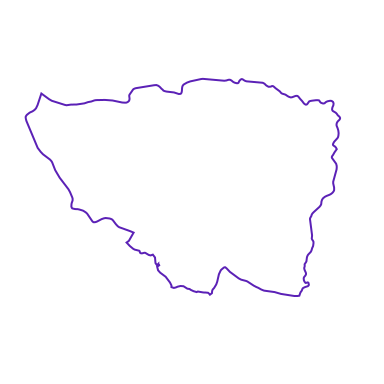 outline of Chaiyaphum, rotated 83°
{"feature_id": "THA-437", "entity_name": "Chaiyaphum", "entity_type": "Province", "adm_level": 1, "iso_a3": "THA", "parent_name": "Thailand", "parent_adm1": "", "projection": "orthographic", "projection_center": [101.826, 15.959], "detail": "fine", "context": "isolated", "style": "outline", "palette": "violet", "viewbox_px": 384, "rotation_deg": 83, "n_neighbors": 0, "source": "natural_earth", "source_scale": "10m", "svg_char_len": 5061}
<svg xmlns="http://www.w3.org/2000/svg" viewBox="0 0 384 384"><g transform="rotate(83 192 192)"><path d="M283.9,224.0L282.2,223.8L279.1,224.9L272.9,228.5L268.2,233.4L265.6,235.2L261.9,235.7L260.4,232.8L260.4,233.5L260.3,234.1L260.0,234.3L259.2,234.2L260.4,235.7L258.1,236.9L252.5,236.7L249.4,238.5L249.9,240.8L249.2,242.6L246.7,245.8L246.5,246.7L246.8,249.0L246.7,250.0L246.0,250.9L245.2,251.1L244.4,251.2L243.9,251.5L242.2,255.9L241.2,257.3L238.0,260.3L234.2,263.1L232.8,260.6L225.2,254.9L223.4,258.0L218.0,268.7L217.6,269.1L217.0,269.8L214.8,271.4L210.5,273.9L209.6,274.6L208.8,275.8L208.2,277.2L207.3,280.9L207.4,282.7L207.9,285.0L209.7,289.7L210.1,291.3L210.1,292.1L210.1,292.9L209.9,293.6L208.9,294.5L200.7,298.7L199.2,300.0L197.4,302.2L197.1,302.7L195.6,306.1L195.1,307.6L194.7,310.1L193.9,312.3L193.6,312.9L192.8,313.3L191.7,313.5L189.4,313.1L188.2,312.7L186.0,311.6L185.5,311.5L184.2,311.3L182.8,311.5L177.2,313.1L174.2,314.3L161.7,321.6L153.7,325.1L145.5,327.2L144.2,327.8L142.5,329.0L136.4,335.3L133.7,337.3L129.4,339.8L101.3,347.7L99.1,348.0L97.3,348.0L96.4,347.5L95.3,346.5L93.6,343.7L93.2,342.8L92.8,341.4L92.5,340.5L91.9,339.3L91.2,338.1L89.9,336.6L86.9,334.7L75.9,329.5L82.5,322.5L84.4,320.0L90.0,307.7L90.6,306.0L90.5,301.3L91.1,296.2L90.9,288.0L90.1,284.2L89.9,280.9L89.2,277.8L89.1,276.1L90.0,267.2L91.5,259.7L94.7,250.3L95.1,248.0L95.3,246.5L95.1,245.6L94.9,244.9L94.5,244.3L94.1,243.7L93.6,243.2L93.0,243.0L92.3,242.7L91.5,242.6L88.9,242.6L88.2,242.4L87.6,242.0L83.1,238.0L82.7,237.4L82.5,236.8L82.3,236.2L82.1,235.0L81.4,216.6L81.5,214.3L81.9,213.6L82.2,212.9L83.1,211.8L84.1,210.9L85.8,209.7L86.8,208.7L87.9,208.0L88.5,206.9L89.2,205.1L91.0,197.7L93.1,193.2L93.2,192.1L93.1,191.2L92.7,190.7L92.1,190.3L91.4,190.0L89.9,189.6L88.2,189.3L86.6,188.9L86.0,188.6L85.4,188.3L84.9,187.8L84.4,187.3L83.8,186.0L82.8,183.6L82.0,180.2L81.0,169.3L81.0,167.5L85.5,146.4L85.5,144.4L85.1,142.3L85.1,141.3L85.3,140.5L86.1,139.3L86.6,138.8L87.6,137.9L88.2,137.1L88.8,136.1L89.5,134.3L89.6,133.3L89.2,132.5L88.0,131.8L87.3,131.2L86.8,130.6L86.4,130.1L86.0,129.2L86.1,128.5L86.4,127.9L87.3,126.9L88.2,125.7L88.8,124.4L92.2,108.5L92.6,107.9L93.4,106.8L95.1,105.5L95.6,104.9L96.2,104.2L96.9,103.1L97.0,102.0L97.0,100.9L96.6,99.7L96.7,99.0L97.0,98.4L97.9,97.5L99.1,96.5L102.8,92.6L104.5,91.5L105.1,90.9L105.5,90.2L106.5,87.9L106.9,87.2L107.8,86.2L108.8,85.0L109.4,84.1L110.1,82.6L110.2,81.5L110.0,80.5L109.3,77.6L109.3,76.5L109.5,75.7L109.9,75.2L110.5,74.7L112.8,73.3L115.0,71.7L117.6,70.2L118.3,69.6L119.1,68.6L119.2,67.8L119.0,67.2L118.6,66.7L116.7,65.0L116.4,64.7L116.1,63.6L116.0,61.8L116.0,57.7L116.2,55.9L116.6,54.7L116.9,54.5L118.2,53.9L119.1,53.2L120.0,51.5L120.2,50.4L120.0,49.5L119.2,48.4L118.8,47.5L118.5,46.5L118.3,44.2L118.4,43.0L118.8,42.1L119.3,41.6L119.7,41.1L120.4,40.9L121.1,40.7L121.9,40.8L122.6,41.0L123.3,41.2L125.1,42.3L126.6,42.8L127.4,42.9L128.1,42.7L128.7,42.4L129.1,41.9L130.7,39.8L131.3,39.3L131.8,38.9L133.7,37.9L135.2,36.5L135.9,36.2L136.5,36.0L137.2,36.1L137.7,36.4L138.3,36.9L138.7,37.4L139.5,38.5L140.0,39.0L140.5,39.4L141.1,39.8L141.8,40.1L142.5,40.3L143.4,40.4L144.2,40.3L146.4,39.7L148.8,39.3L151.5,39.3L153.8,39.8L155.2,40.3L155.8,40.7L156.3,41.1L159.4,44.7L160.6,45.6L161.8,46.3L162.5,46.3L163.0,46.0L163.5,45.5L164.3,44.5L165.5,43.7L167.1,43.1L170.1,45.8L172.3,47.4L173.7,48.7L174.5,49.0L175.3,48.9L181.5,45.5L182.2,45.4L183.8,45.2L185.6,45.4L187.3,45.8L199.0,50.6L200.7,50.8L204.9,50.4L206.6,50.6L207.4,50.7L208.1,51.0L208.7,51.5L209.4,52.1L210.2,53.1L210.9,54.3L211.5,55.8L212.3,58.9L213.0,60.8L214.2,62.7L215.1,63.5L215.8,64.0L217.4,64.7L219.7,65.2L220.4,65.6L221.0,66.0L222.3,67.3L226.7,73.5L227.9,75.0L229.0,75.9L230.4,76.5L231.6,77.4L232.5,78.0L233.3,78.2L249.6,78.1L251.2,78.4L252.3,78.7L252.8,78.8L253.4,78.7L253.6,78.6L253.9,78.5L254.9,78.0L255.5,77.7L256.3,77.5L257.8,77.7L260.1,78.3L260.8,78.6L262.0,79.4L264.7,80.6L265.3,81.0L265.9,81.4L268.3,84.3L269.0,84.9L270.2,85.6L270.9,85.9L274.8,86.9L275.4,87.3L277.4,89.0L278.1,89.1L278.8,89.1L279.4,89.2L280.0,89.4L280.6,89.7L281.2,89.9L281.9,89.9L283.2,89.7L285.8,88.9L286.5,88.8L287.2,88.8L287.8,89.0L288.4,89.4L289.0,89.9L289.8,90.8L290.4,91.3L291.1,91.6L291.8,91.7L292.6,91.7L293.3,91.7L294.6,91.3L295.1,91.0L295.7,90.7L296.1,90.3L296.1,89.7L295.8,88.3L296.0,87.8L296.4,87.5L297.0,87.4L297.7,87.4L298.4,87.3L299.0,87.7L299.6,88.5L300.1,91.2L300.5,92.5L300.9,93.5L301.3,94.0L303.3,95.1L304.8,96.5L305.3,96.8L308.0,98.1L308.1,100.0L307.7,103.1L304.0,116.1L301.4,122.2L298.7,132.4L298.2,133.4L297.2,135.2L295.2,137.9L294.1,139.8L292.9,141.5L292.5,142.1L287.6,147.9L286.9,149.1L285.0,153.9L283.4,156.2L275.9,164.1L272.1,166.9L270.8,168.1L270.7,168.7L270.9,169.6L272.7,172.4L273.4,173.1L276.9,175.3L284.1,177.9L286.7,179.2L289.9,181.7L290.8,182.7L291.1,183.1L291.3,183.3L291.9,183.7L292.5,184.0L294.9,184.6L296.1,186.7L295.4,187.1L294.0,188.3L293.5,190.5L293.1,193.0L291.5,198.3L291.9,199.6L290.6,202.6L288.9,205.3L288.0,206.2L287.4,208.4L284.5,211.9L283.9,214.8L284.2,217.7L284.8,219.8L285.0,221.7L283.9,224.0Z" fill="none" stroke="#5b21b6" stroke-width="2"/></g></svg>